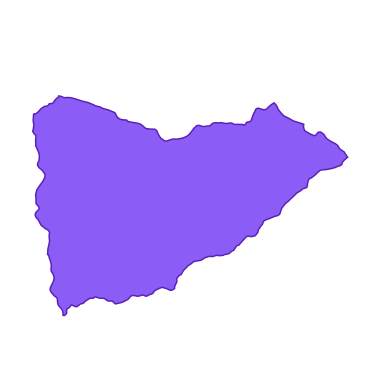 outline of Patakla, Chirang, Bhutan, rotated 354°
{"feature_id": "84629894B80971974621988", "entity_name": "Patakla", "entity_type": "district", "adm_level": 2, "iso_a3": "BTN", "parent_name": "Bhutan", "parent_adm1": "Chirang", "projection": "albers", "projection_center": [90.14, 27.135], "detail": "fine", "context": "isolated", "style": "filled", "palette": "violet", "viewbox_px": 384, "rotation_deg": 354, "n_neighbors": 0, "source": "geoboundaries", "source_scale": "gbopen_adm2", "svg_char_len": 5567}
<svg xmlns="http://www.w3.org/2000/svg" viewBox="0 0 384 384"><g transform="rotate(354 192 192)"><path d="M43.5,97.7L42.6,98.1L42.1,100.8L41.5,104.3L41.7,108.7L40.9,112.3L39.9,115.1L41.1,117.5L42.8,119.7L42.1,122.5L41.7,126.2L41.5,129.9L42.5,133.0L43.7,137.0L44.0,140.1L43.2,144.8L41.4,147.5L41.3,148.9L41.3,149.7L42.4,151.8L44.9,154.3L46.4,156.8L47.7,159.3L47.3,161.7L44.8,165.8L41.1,169.8L37.9,173.7L36.2,178.4L36.2,181.5L35.7,187.4L36.6,188.6L37.9,190.5L38.3,191.8L37.9,193.3L36.4,194.5L34.4,196.3L33.6,198.4L34.2,200.9L36.3,203.8L37.6,207.2L38.6,209.5L40.8,211.5L42.4,213.2L44.4,214.4L45.7,216.1L46.1,217.6L45.4,220.0L45.2,223.3L45.2,225.9L44.3,229.0L42.8,233.4L41.8,239.1L42.8,239.8L43.0,241.1L43.1,242.0L43.2,242.7L43.6,244.3L43.9,245.4L44.2,247.5L44.3,248.3L44.4,249.7L44.4,250.7L44.2,251.6L43.8,253.3L43.7,254.2L43.7,255.0L43.7,256.1L44.3,257.2L44.8,257.9L45.2,259.2L45.6,260.3L45.8,261.3L45.8,262.4L45.8,263.6L45.2,265.7L44.8,266.3L44.2,267.5L43.5,268.5L42.9,269.3L41.9,271.2L41.2,272.2L40.7,273.8L40.7,274.9L41.0,275.9L41.7,277.3L42.5,278.5L43.2,279.3L43.5,280.1L44.7,281.3L45.6,282.1L46.8,283.5L46.9,284.4L46.9,285.1L46.8,286.2L46.8,288.1L47.0,289.8L47.2,290.5L48.0,291.8L48.4,292.4L49.1,293.4L49.6,294.0L50.0,294.6L50.4,295.2L50.9,296.9L51.0,297.7L51.0,298.7L51.0,299.8L50.9,301.2L52.2,301.5L53.8,300.5L54.7,299.2L54.9,297.2L55.2,295.3L56.8,294.6L58.1,293.8L59.5,292.4L60.1,291.8L61.8,292.4L63.4,293.5L64.3,293.9L65.9,293.9L66.8,293.3L67.9,292.6L69.3,291.7L71.3,291.5L72.6,291.1L73.7,289.9L75.3,289.1L76.8,288.3L78.4,287.4L80.5,287.0L82.2,287.3L83.3,287.1L84.3,286.3L85.5,286.3L87.0,287.2L89.0,287.9L91.6,288.2L93.8,288.8L96.0,290.8L97.1,291.6L99.1,291.9L101.2,292.1L102.1,293.0L103.5,294.7L104.1,295.2L105.5,295.2L107.8,294.8L109.3,294.7L110.9,294.4L114.7,293.1L117.2,292.0L118.4,291.0L119.9,289.6L120.6,289.0L122.0,288.7L124.5,289.1L126.8,290.0L129.7,289.8L130.6,289.4L132.5,289.4L133.7,289.8L134.9,290.8L136.1,290.7L137.3,290.5L138.8,289.7L140.5,289.3L141.7,289.1L142.5,288.6L143.8,287.1L144.7,286.2L147.6,285.0L151.3,283.9L152.5,283.8L153.2,283.9L154.2,284.5L155.5,285.0L157.3,285.7L158.6,286.7L160.4,287.6L162.0,287.5L163.1,286.9L164.5,286.3L164.7,285.6L164.8,284.4L165.4,283.3L165.9,282.4L166.5,281.4L167.2,280.5L167.6,279.2L167.8,277.8L167.6,276.9L168.4,275.7L169.5,274.7L170.9,273.5L172.2,273.2L172.8,272.6L173.8,271.3L174.7,269.9L175.7,268.8L177.1,267.6L178.3,266.8L179.2,266.0L180.1,265.0L181.1,264.4L182.3,264.1L183.8,263.1L185.0,262.4L186.1,261.5L187.1,261.3L189.7,261.1L191.3,261.0L192.7,260.9L193.7,260.7L194.6,260.5L196.2,259.7L198.1,258.7L198.7,258.5L200.0,258.3L201.0,258.1L202.0,257.9L203.2,257.9L204.0,258.2L205.4,258.2L206.9,258.3L208.9,257.6L210.3,257.6L212.1,258.1L213.4,258.2L214.7,258.3L216.2,258.2L218.2,257.6L219.6,257.5L222.2,257.2L224.1,255.9L225.3,255.0L227.3,254.4L227.9,253.8L229.4,251.8L231.0,250.0L232.9,249.8L234.7,248.2L237.1,245.9L238.9,244.4L240.9,242.6L242.1,241.8L243.5,241.7L244.6,242.2L246.3,242.6L247.3,242.5L248.9,242.4L250.3,242.0L252.9,239.5L253.5,238.3L254.1,236.4L255.2,235.4L256.3,233.8L257.1,233.0L258.3,231.8L259.0,231.0L259.7,229.1L260.4,228.2L261.6,227.9L263.8,227.0L266.3,226.5L268.8,225.7L272.8,224.6L274.1,224.6L275.9,223.8L276.9,223.2L278.2,220.4L278.6,219.4L279.5,217.6L281.5,215.5L283.7,213.2L285.1,212.4L287.3,210.9L288.5,209.9L289.7,208.9L293.2,206.4L296.1,203.9L298.4,202.9L300.1,202.1L301.6,201.1L302.8,200.2L303.8,200.1L306.4,199.6L306.9,198.9L307.3,198.1L307.6,196.4L308.0,194.9L308.6,193.5L309.7,191.3L312.2,190.4L315.0,188.7L316.7,187.6L317.9,186.6L319.3,185.5L321.4,184.1L323.2,183.5L326.2,183.7L329.6,183.6L333.4,183.2L337.2,182.6L340.2,181.5L341.8,181.5L343.9,180.3L344.6,178.3L345.9,177.0L346.9,176.1L348.0,175.3L348.9,174.7L349.5,174.2L350.4,173.8L347.4,167.9L344.8,165.8L343.3,164.3L341.7,160.9L339.8,159.1L337.6,157.6L335.9,156.6L334.0,155.1L331.8,153.2L330.3,151.1L329.6,149.2L328.1,147.4L326.4,145.9L324.2,145.6L322.7,146.7L320.8,148.7L319.3,148.7L316.3,147.1L314.4,145.8L312.7,144.4L310.6,142.9L310.0,141.2L309.7,138.9L310.2,136.3L308.3,135.4L305.8,134.3L302.4,132.9L299.9,131.7L296.4,129.1L292.3,126.5L290.9,125.5L288.9,122.8L287.6,120.9L286.4,118.8L285.4,115.7L284.2,113.5L282.9,111.9L279.3,113.8L277.5,115.1L275.6,116.6L274.2,117.6L272.2,117.8L269.1,116.6L266.9,115.6L265.6,115.7L264.7,116.0L263.8,116.7L263.0,118.5L261.5,120.4L260.7,122.2L259.3,124.9L258.2,127.4L256.0,128.3L253.7,128.3L252.5,129.8L251.4,131.0L249.2,130.1L246.1,129.7L244.1,129.4L242.5,129.4L240.8,129.1L238.8,127.6L236.6,127.3L234.1,127.6L232.1,127.2L229.3,126.4L227.4,126.0L225.4,126.1L222.9,125.5L219.8,125.8L218.5,126.8L216.2,128.2L214.8,128.0L213.1,128.0L210.8,128.2L208.0,127.4L206.3,126.5L203.6,126.5L202.2,127.7L200.4,128.9L199.1,130.5L195.4,134.3L193.7,135.5L191.8,136.4L188.2,137.4L186.3,137.5L184.2,137.8L181.9,137.8L179.4,137.4L177.9,137.4L174.9,138.0L172.7,138.6L171.4,138.6L169.8,138.1L168.0,136.3L166.8,135.6L165.4,133.1L164.2,130.3L163.6,127.7L161.8,125.7L158.0,125.2L155.7,124.8L152.5,123.9L150.9,122.1L148.3,119.4L145.9,118.2L143.2,117.4L140.0,116.5L137.8,115.8L135.4,115.0L134.5,113.6L132.5,113.3L130.0,112.8L128.8,112.2L127.6,111.8L125.8,110.0L125.1,108.8L124.5,107.2L123.6,105.1L121.4,103.8L117.4,101.7L114.6,100.5L113.2,100.1L111.5,99.2L109.8,98.0L107.6,97.1L105.1,96.3L103.6,95.2L100.9,93.7L98.3,92.3L92.5,90.2L89.2,88.8L85.0,86.9L82.6,86.0L80.5,85.3L77.4,85.0L74.5,84.8L72.0,83.3L69.6,82.5L69.0,83.8L67.0,84.8L65.1,86.6L63.0,89.0L62.1,89.3L59.3,89.3L58.1,90.7L57.0,91.3L54.1,91.5L50.8,93.2L47.1,96.5L44.6,98.0L43.5,97.7Z" fill="#8b5cf6" stroke="#5b21b6" stroke-width="1.5"/></g></svg>